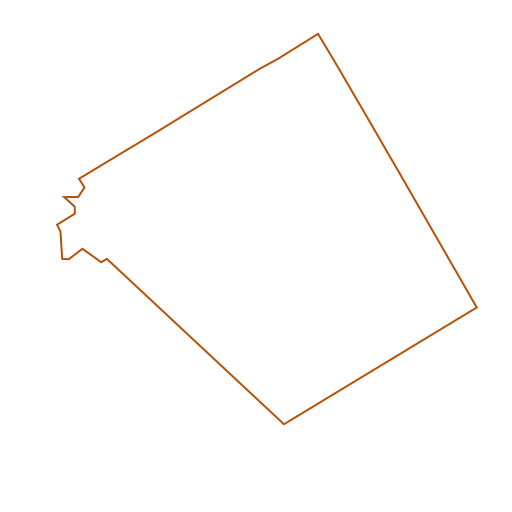 Johnson, Texas, United States of America (Equal Earth projection), rotated 59°
{"feature_id": "52423323B21675904174262", "entity_name": "Johnson", "entity_type": "district", "adm_level": 2, "iso_a3": "USA", "parent_name": "United States of America", "parent_adm1": "Texas", "projection": "equal_earth", "projection_center": [-97.498, 32.345], "detail": "fine", "context": "isolated", "style": "outline", "palette": "amber", "viewbox_px": 512, "rotation_deg": 59, "n_neighbors": 0, "source": "geoboundaries", "source_scale": "gbopen_adm2", "svg_char_len": 452}
<svg xmlns="http://www.w3.org/2000/svg" viewBox="0 0 512 512"><g transform="rotate(59 256 256)"><path d="M98.5,276.5L98.6,367.9L109.0,367.8L113.8,378.0L106.7,390.1L120.4,386.0L126.4,389.5L126.7,410.4L134.3,411.0L158.6,423.6L162.3,418.2L160.4,401.1L181.6,391.9L181.7,385.3L414.6,318.7L413.8,93.3L278.3,90.7L257.4,90.3L235.1,90.0L208.5,89.5L137.2,88.5L97.5,88.4L98.3,136.1L97.4,154.9L98.5,276.5Z" fill="none" stroke="#b45309" stroke-width="2"/></g></svg>